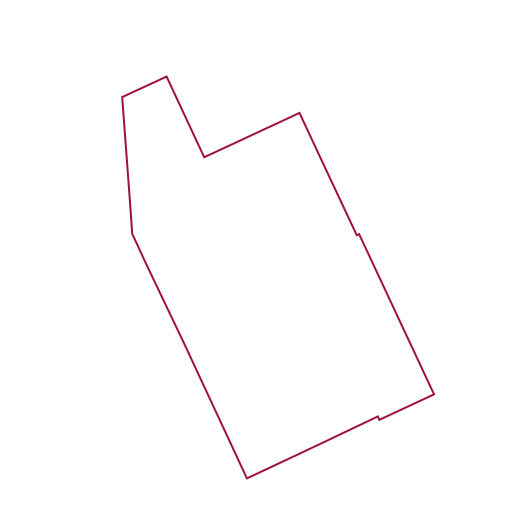 Santa Cruz, Arizona, United States of America, rotated 65°
{"feature_id": "52423323B1252961664996", "entity_name": "Santa Cruz", "entity_type": "district", "adm_level": 2, "iso_a3": "USA", "parent_name": "United States of America", "parent_adm1": "Arizona", "projection": "orthographic", "projection_center": [-110.91, 31.532], "detail": "fine", "context": "isolated", "style": "outline", "palette": "rose", "viewbox_px": 512, "rotation_deg": 65, "n_neighbors": 0, "source": "geoboundaries", "source_scale": "gbopen_adm2", "svg_char_len": 366}
<svg xmlns="http://www.w3.org/2000/svg" viewBox="0 0 512 512"><g transform="rotate(65 256 256)"><path d="M55.4,310.1L161.2,350.2L183.5,358.8L216.1,358.9L306.3,358.1L453.7,358.2L453.5,288.1L452.9,213.4L456.6,213.5L456.6,153.1L279.7,153.3L279.8,155.9L191.1,156.1L144.7,156.1L144.6,261.2L55.6,261.2L55.4,310.1Z" fill="none" stroke="#9f1239" stroke-width="2"/></g></svg>